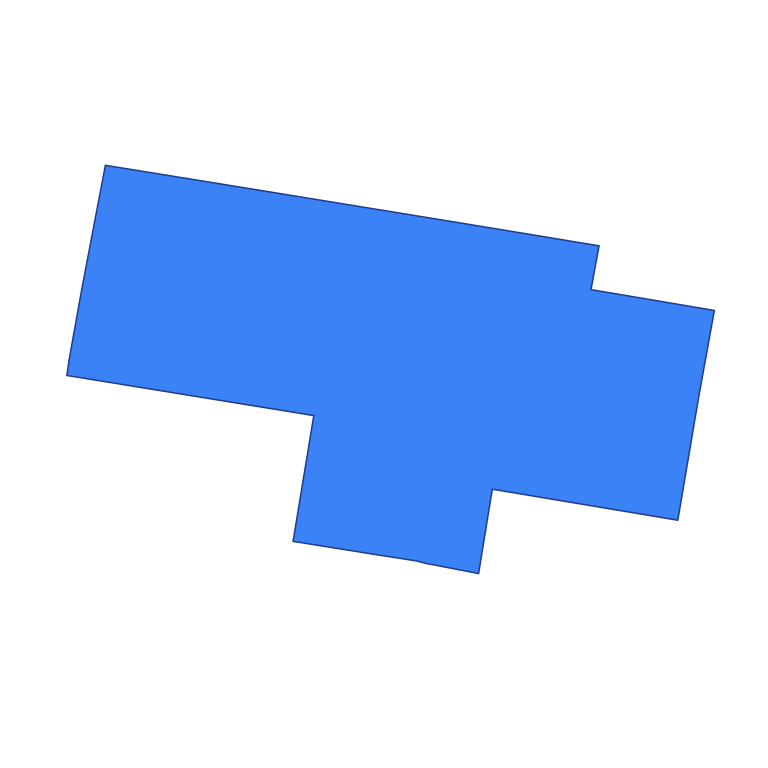 outline of Clay, Indiana, United States of America, rotated 99°
{"feature_id": "52423323B18032959823842", "entity_name": "Clay", "entity_type": "district", "adm_level": 2, "iso_a3": "USA", "parent_name": "United States of America", "parent_adm1": "Indiana", "projection": "natural_earth1", "projection_center": [-87.089, 39.388], "detail": "fine", "context": "isolated", "style": "filled", "palette": "blue", "viewbox_px": 768, "rotation_deg": 99, "n_neighbors": 0, "source": "geoboundaries", "source_scale": "gbopen_adm2", "svg_char_len": 406}
<svg xmlns="http://www.w3.org/2000/svg" viewBox="0 0 768 768"><g transform="rotate(99 384 384)"><path d="M472.6,72.5L345.3,71.1L259.7,69.2L258.4,194.3L213.9,193.2L213.7,222.3L213.1,318.0L212.0,568.2L211.6,693.4L339.9,697.4L409.4,698.8L425.2,698.6L426.2,448.4L553.7,449.2L553.8,366.2L553.7,324.0L554.7,313.6L556.4,260.9L471.0,260.6L472.6,72.5Z" fill="#3b82f6" stroke="#1e3a8a" stroke-width="1.5"/></g></svg>